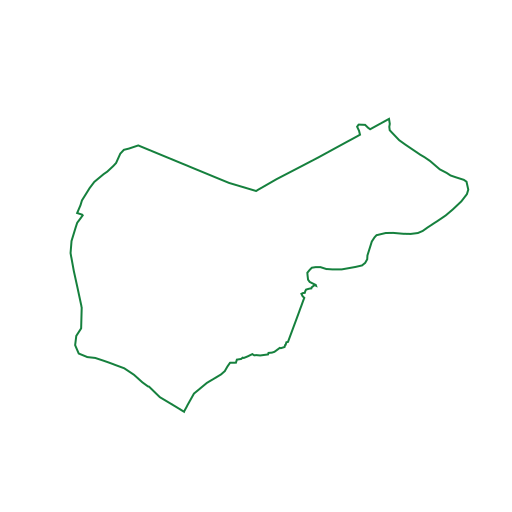 Basse, Upper River, Gambia, rotated 107°
{"feature_id": "56634734B15786085247071", "entity_name": "Basse", "entity_type": "district", "adm_level": 2, "iso_a3": "GMB", "parent_name": "Gambia", "parent_adm1": "Upper River", "projection": "equal_earth", "projection_center": [-14.209, 13.292], "detail": "fine", "context": "isolated", "style": "outline", "palette": "green", "viewbox_px": 512, "rotation_deg": 107, "n_neighbors": 0, "source": "geoboundaries", "source_scale": "gbopen_adm2", "svg_char_len": 2749}
<svg xmlns="http://www.w3.org/2000/svg" viewBox="0 0 512 512"><g transform="rotate(107 256 256)"><path d="M266.9,189.9L266.2,190.4L265.8,193.1L265.1,197.1L263.4,199.3L259.3,201.1L257.0,202.0L255.3,201.3L253.6,200.6L250.9,199.2L250.4,198.2L249.2,195.7L248.1,192.0L247.8,191.2L247.9,184.9L247.6,183.8L246.5,179.1L243.8,170.2L237.4,157.7L234.0,151.8L232.9,151.1L230.7,149.6L226.6,148.7L222.9,149.6L211.7,149.5L208.3,149.5L203.5,148.1L200.8,146.8L200.4,146.0L198.5,142.8L196.1,138.7L193.8,131.6L191.7,121.7L189.8,115.0L189.7,114.6L186.7,107.9L183.3,103.9L178.6,100.3L172.1,94.9L169.9,93.0L161.7,86.4L153.9,81.4L143.7,75.6L135.2,72.4L130.5,72.4L123.4,76.4L122.4,79.5L122.3,88.0L122.1,93.6L121.2,96.6L120.8,98.0L119.4,105.6L114.3,117.2L112.2,123.9L111.0,129.0L110.9,129.2L105.8,145.8L103.4,152.9L97.9,162.7L96.6,164.9L93.5,166.3L90.5,166.7L86.0,168.9L86.4,169.3L98.0,180.6L101.4,183.9L100.6,186.3L98.7,190.0L100.3,196.2L100.4,196.3L102.8,197.1L106.1,194.1L109.6,192.0L111.9,194.2L116.9,199.1L119.6,201.8L129.8,211.8L143.0,224.7L157.0,238.9L176.5,258.8L184.3,266.1L192.5,273.8L192.8,274.0L193.8,274.9L194.0,303.1L192.7,317.1L190.9,335.9L190.8,337.1L190.0,345.4L189.7,348.2L189.2,353.7L186.7,380.0L184.7,400.9L184.9,401.2L190.4,408.9L193.1,413.4L197.8,415.7L208.0,417.0L211.7,418.8L218.8,422.9L222.2,425.6L232.4,432.3L239.8,435.0L242.5,435.7L253.7,438.7L258.8,438.7L267.2,439.6L267.3,434.3L267.8,433.6L274.9,436.1L275.0,436.2L276.6,436.7L281.3,436.8L295.6,436.8L307.4,434.2L311.2,432.3L311.3,432.2L323.3,426.0L323.5,425.9L338.6,417.4L354.8,408.4L355.5,408.1L356.3,407.6L376.2,402.1L376.5,402.1L384.9,404.5L385.0,404.5L394.1,402.9L395.7,401.6L401.1,397.0L401.9,388.4L402.0,387.9L400.5,380.0L400.5,379.9L400.6,375.6L400.7,371.2L400.9,366.0L401.2,360.6L401.3,359.7L401.6,354.4L401.9,349.2L404.2,341.5L405.3,337.9L410.0,327.8L410.7,325.8L412.3,321.2L412.2,320.1L419.1,306.7L419.4,305.5L423.5,288.9L426.0,279.3L425.6,279.3L420.4,278.2L418.6,277.9L405.7,275.1L391.6,265.8L390.8,265.0L390.5,264.8L388.1,262.6L381.8,256.9L379.7,255.0L379.3,254.7L375.1,252.1L374.8,252.1L370.0,251.0L365.7,249.6L365.6,249.4L363.9,244.0L360.7,244.0L358.8,240.1L357.1,239.0L357.1,237.9L355.5,235.9L353.9,234.0L353.0,233.1L350.9,230.8L351.0,230.6L351.5,228.6L351.1,227.7L350.7,226.8L349.9,222.9L346.6,215.7L345.0,215.7L343.9,212.9L343.8,212.6L342.3,210.4L339.8,208.5L339.3,208.2L339.0,207.9L336.9,206.4L336.9,205.3L334.7,202.1L332.6,202.1L332.3,201.7L330.9,201.7L329.6,201.7L328.8,200.3L305.1,198.9L296.4,198.4L293.8,198.3L290.9,198.1L284.8,197.8L281.9,197.6L280.8,199.7L278.9,201.5L277.8,200.4L277.5,199.8L277.0,198.6L275.1,198.6L273.5,198.3L272.5,196.8L271.6,195.4L271.1,194.3L270.8,193.6L269.7,193.6L266.7,191.5L266.9,189.9Z" fill="none" stroke="#15803d" stroke-width="2"/></g></svg>